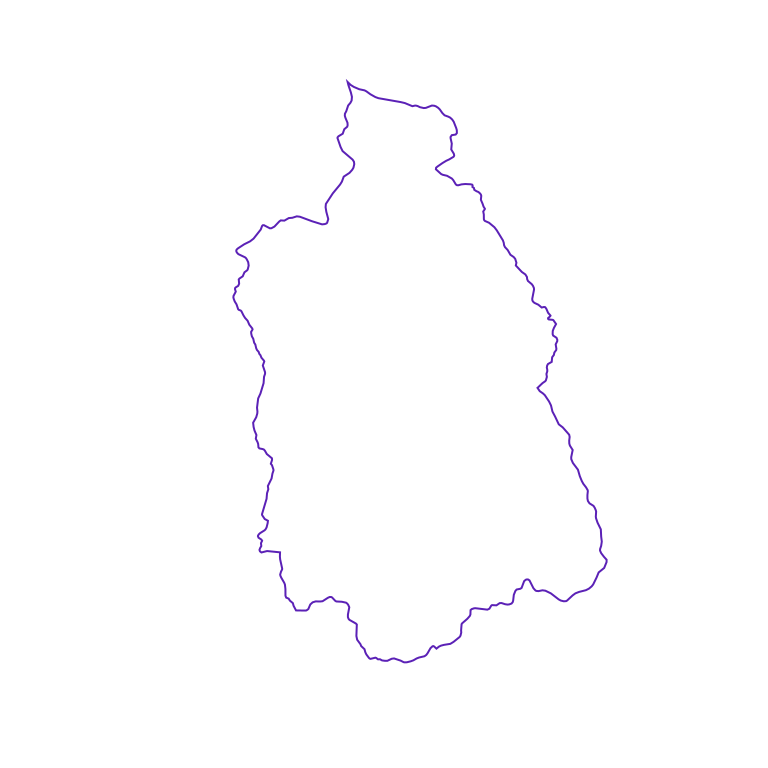 outline of Ban Luang, Nan, Thailand, rotated 330°
{"feature_id": "78962969B2609342993216", "entity_name": "Ban Luang", "entity_type": "district", "adm_level": 2, "iso_a3": "THA", "parent_name": "Thailand", "parent_adm1": "Nan", "projection": "robinson", "projection_center": [100.45, 18.857], "detail": "fine", "context": "isolated", "style": "outline", "palette": "violet", "viewbox_px": 768, "rotation_deg": 330, "n_neighbors": 0, "source": "geoboundaries", "source_scale": "gbopen_adm2", "svg_char_len": 6166}
<svg xmlns="http://www.w3.org/2000/svg" viewBox="0 0 768 768"><g transform="rotate(330 384 384)"><path d="M488.9,647.5L488.1,643.7L487.5,639.1L487.8,636.3L488.6,635.0L491.1,632.8L493.8,629.4L495.8,624.7L499.1,618.3L499.6,610.9L500.5,606.3L501.1,604.8L503.9,600.6L504.3,599.2L504.6,596.6L504.5,594.3L502.3,590.1L502.1,587.3L502.9,584.9L504.7,581.8L506.9,578.8L507.3,577.8L507.3,574.6L506.7,570.0L506.8,566.8L507.5,561.7L509.1,555.2L508.1,546.8L508.6,542.7L509.6,540.9L514.4,535.5L514.2,530.3L514.7,528.2L516.1,525.6L518.3,522.7L519.0,520.5L517.1,510.9L515.2,506.3L515.9,497.7L516.1,492.1L517.9,486.1L518.2,481.7L517.7,474.1L516.9,471.5L515.3,468.1L515.0,464.1L521.7,462.5L525.1,462.2L526.0,461.8L528.6,459.3L529.7,456.5L531.8,454.6L532.6,453.1L533.2,451.2L534.5,449.6L536.0,448.7L540.3,448.7L543.0,444.9L545.6,443.8L547.3,441.9L550.1,440.7L550.9,439.7L552.5,435.5L555.5,433.5L556.2,432.3L556.5,430.2L554.7,426.6L555.0,425.1L556.7,422.4L559.2,420.4L563.0,418.1L562.6,413.4L562.2,412.8L559.0,410.5L558.7,409.7L559.0,409.0L561.9,408.4L562.4,408.0L561.7,404.4L562.2,400.0L562.0,398.1L561.1,397.3L558.8,396.6L557.3,392.5L554.8,388.9L554.2,386.9L554.4,385.5L555.0,384.3L561.1,377.3L561.8,375.9L562.1,373.5L561.9,371.5L560.2,366.8L560.4,364.8L561.3,362.8L561.2,359.8L559.4,355.9L557.4,347.3L559.3,345.2L560.2,341.2L559.8,338.9L558.1,335.3L558.1,329.8L557.2,325.9L557.4,323.8L558.3,321.6L558.8,319.1L558.5,307.3L558.0,303.4L555.6,296.9L552.9,293.2L552.7,292.1L552.9,291.2L555.2,287.1L556.2,284.2L558.7,283.0L559.0,282.7L558.9,280.2L559.5,277.2L560.0,272.9L562.3,269.7L562.6,268.5L562.5,267.2L561.8,265.0L560.5,263.3L559.3,261.0L559.9,259.2L559.1,257.6L560.1,256.2L560.0,255.4L558.8,254.3L554.3,251.4L551.0,249.9L547.6,249.0L546.5,248.2L546.0,247.1L545.9,242.0L545.5,240.0L542.7,235.2L539.5,232.2L538.5,230.8L536.3,224.0L537.3,222.7L539.2,222.4L545.1,221.9L549.5,221.8L552.8,222.1L557.8,222.0L558.6,221.6L559.1,221.1L559.6,219.5L559.5,214.5L562.9,209.7L564.5,204.6L565.1,203.4L567.1,202.4L570.8,203.8L572.6,203.1L574.0,200.5L574.5,198.4L575.5,191.7L575.3,189.0L574.5,186.4L573.4,184.7L570.8,181.6L570.0,178.5L569.6,174.1L569.0,171.9L567.8,169.5L566.6,168.1L564.7,166.8L558.3,165.8L556.4,164.9L553.5,162.2L552.1,160.1L551.0,159.0L550.1,158.4L547.5,157.6L542.5,151.1L539.3,148.1L522.1,133.7L520.0,131.2L517.1,126.3L515.1,121.8L514.0,120.0L509.9,116.3L506.4,111.6L504.6,108.2L503.5,104.3L502.6,107.4L501.1,114.9L499.8,119.3L497.7,122.3L495.5,123.7L492.2,124.9L487.7,128.9L485.3,130.4L484.2,132.1L483.7,134.1L483.0,139.5L481.9,141.7L480.8,142.8L477.0,143.5L473.4,146.6L468.4,146.7L467.1,147.2L466.7,147.7L464.9,157.0L464.6,161.6L469.0,174.0L469.1,176.5L468.2,178.7L465.7,181.4L463.6,182.6L459.7,183.9L452.8,184.3L448.7,187.7L445.7,189.3L435.0,193.3L423.7,199.0L421.8,201.7L420.1,206.2L418.2,213.3L415.4,215.9L414.5,216.2L412.7,215.9L410.2,214.8L403.0,207.0L394.8,197.1L392.3,195.2L387.7,194.2L384.5,192.7L379.4,192.7L376.4,190.7L374.5,190.9L367.8,192.9L364.4,192.8L363.0,192.1L359.4,186.4L358.4,185.9L357.4,186.2L354.5,188.6L343.7,192.9L339.3,193.5L332.8,193.1L325.5,193.5L324.0,193.8L323.0,194.3L322.5,195.1L322.3,196.5L322.8,198.7L327.0,204.8L327.4,206.0L327.5,207.5L327.3,210.6L326.0,213.8L323.2,216.7L322.4,217.1L319.0,217.5L315.5,220.1L311.6,220.4L310.5,220.8L308.7,224.7L306.8,226.1L303.9,226.2L303.0,226.5L302.4,227.3L301.8,229.9L297.7,232.5L296.8,233.8L296.4,235.3L296.0,237.9L296.1,241.3L295.1,246.3L295.3,247.1L296.6,248.7L296.9,249.7L296.6,254.3L296.7,257.2L297.5,261.0L297.0,265.3L297.7,270.1L297.4,271.1L295.0,272.4L294.2,274.0L293.4,276.7L293.4,279.4L292.2,283.3L292.3,285.5L291.2,289.1L291.0,291.0L291.5,293.5L291.1,295.6L291.4,297.3L291.0,299.9L291.7,303.8L291.6,304.6L288.3,307.4L286.9,314.3L286.1,315.7L283.7,317.8L280.1,323.1L272.2,330.5L267.8,333.6L262.2,341.0L260.6,344.6L259.5,346.2L256.7,348.9L251.3,352.1L249.6,356.0L248.6,359.5L248.0,364.4L245.6,367.3L245.4,371.3L245.0,373.1L243.6,376.1L243.9,377.5L246.4,379.7L247.2,380.7L247.5,382.1L247.5,386.1L249.8,392.3L249.1,393.8L246.1,396.5L246.4,398.3L245.5,402.7L245.0,403.7L242.6,405.8L239.4,409.6L232.4,414.3L231.2,417.3L228.1,420.1L224.9,424.7L213.2,435.8L212.9,436.7L213.2,441.3L215.1,444.4L213.7,446.3L210.6,449.5L208.6,450.7L207.3,451.0L202.1,451.2L200.4,451.6L199.1,452.3L198.7,452.8L198.5,454.4L200.0,457.4L200.1,458.8L197.9,460.3L196.7,463.0L194.6,464.2L193.2,465.4L192.9,466.9L193.6,468.6L199.2,470.2L209.8,477.8L207.5,481.5L206.4,483.9L203.5,493.0L203.1,493.6L201.0,495.0L198.8,497.1L198.4,498.3L198.2,500.3L198.2,506.3L197.9,508.2L196.1,512.3L192.8,518.1L192.5,520.1L194.1,522.2L194.2,524.6L195.5,528.2L194.8,530.9L194.6,536.1L202.8,541.0L203.7,541.3L205.9,541.1L209.9,538.1L213.0,537.4L216.1,538.1L220.1,540.5L222.2,541.4L228.5,541.1L230.5,541.3L231.9,542.2L232.3,542.9L233.4,547.5L234.0,548.5L238.6,551.5L241.8,554.4L242.3,555.6L242.6,557.1L242.3,560.0L237.5,565.6L236.2,567.8L236.0,568.9L235.9,570.0L236.2,571.1L239.9,577.4L240.2,578.7L234.1,588.4L232.9,592.0L233.5,597.6L233.2,599.5L234.5,603.9L233.7,607.0L233.5,609.3L234.0,613.7L234.3,614.6L234.9,615.3L239.7,616.7L240.3,617.4L241.1,619.4L242.9,620.4L244.1,622.4L246.3,624.1L248.5,625.4L253.3,625.8L255.5,626.7L260.1,631.9L261.9,634.7L262.7,635.4L264.6,636.4L268.4,637.5L271.3,638.0L275.0,638.0L277.6,638.4L282.9,640.0L285.1,639.8L287.0,639.0L292.2,636.0L294.9,635.4L295.6,635.6L296.2,636.4L297.1,639.4L300.4,638.9L302.6,639.1L305.5,639.9L311.5,642.2L315.3,642.1L323.0,640.9L324.4,640.2L326.6,637.9L327.6,635.9L331.1,630.8L332.1,630.3L338.8,629.0L342.3,627.8L343.6,626.8L345.9,623.1L347.4,622.8L349.9,623.3L351.1,623.9L360.7,631.1L362.9,631.3L366.0,629.6L367.0,629.5L370.7,631.9L374.6,631.6L376.3,632.5L378.8,635.3L380.7,636.8L382.3,637.5L384.7,637.9L386.5,637.2L387.6,636.1L391.0,631.5L394.3,628.9L396.1,628.3L399.7,629.5L401.2,629.4L406.8,624.8L408.9,624.4L410.1,624.7L411.1,625.4L411.8,626.9L411.3,635.6L411.9,638.4L412.4,639.3L414.2,640.6L418.1,641.9L420.4,643.7L423.8,648.7L427.6,657.9L428.8,659.9L431.1,662.1L433.2,663.1L434.2,663.1L441.6,661.4L445.1,661.0L449.0,661.6L455.7,663.5L459.1,663.7L462.6,663.1L464.9,662.2L471.3,657.9L475.7,654.5L482.7,653.4L487.7,649.5L488.9,647.5Z" fill="none" stroke="#5b21b6" stroke-width="2"/></g></svg>